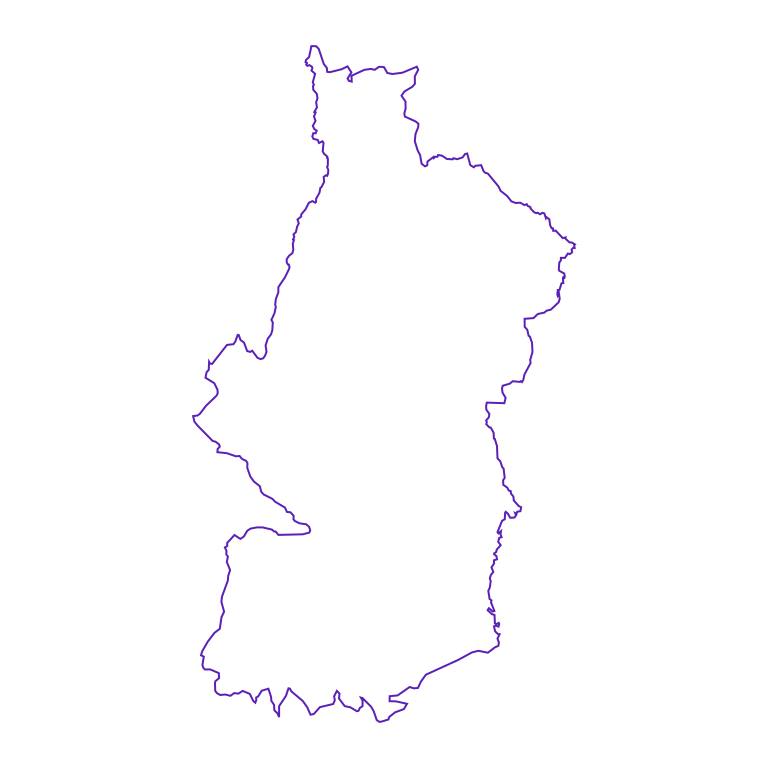 the district of Kamina, Katanga, Democratic Republic of the Congo
{"feature_id": "63176286B31000864957103", "entity_name": "Kamina", "entity_type": "district", "adm_level": 2, "iso_a3": "COD", "parent_name": "Democratic Republic of the Congo", "parent_adm1": "Katanga", "projection": "natural_earth1", "projection_center": [24.927, -8.635], "detail": "fine", "context": "isolated", "style": "outline", "palette": "violet", "viewbox_px": 768, "rotation_deg": 0, "n_neighbors": 0, "source": "geoboundaries", "source_scale": "gbopen_adm2", "svg_char_len": 6080}
<svg xmlns="http://www.w3.org/2000/svg" viewBox="0 0 768 768"><path d="M574.9,244.4L571.8,242.5L569.5,242.4L565.4,238.6L565.6,237.4L562.7,238.1L555.7,230.6L553.3,230.9L552.9,228.3L551.7,228.3L550.2,225.5L549.3,219.3L546.4,217.1L545.9,218.2L544.3,213.4L542.4,212.8L540.0,214.3L537.7,212.7L536.3,213.2L534.1,212.2L530.5,208.5L530.4,207.1L527.8,206.0L526.8,204.2L524.5,205.1L520.2,202.7L515.7,203.0L511.3,201.3L507.4,196.2L500.6,190.8L498.5,186.4L487.9,173.6L484.9,172.6L483.5,171.0L481.2,165.2L475.3,165.8L473.8,167.3L470.3,165.1L467.2,153.5L465.0,154.1L462.6,157.4L457.2,159.2L453.4,158.2L452.7,159.3L446.9,159.0L442.1,155.7L438.1,155.0L437.4,156.8L435.1,156.8L433.9,158.0L433.6,156.9L427.5,161.5L427.2,165.2L426.4,165.8L424.9,166.3L421.6,163.7L420.1,155.0L417.6,150.3L414.8,141.1L415.5,134.0L418.2,127.2L418.4,123.7L415.5,121.4L404.9,116.6L404.3,113.5L405.6,108.6L405.5,101.6L401.5,95.7L404.4,91.5L412.3,86.8L414.9,83.8L414.8,76.4L418.2,69.8L416.8,66.7L402.4,72.7L392.5,74.0L387.3,73.0L384.1,67.2L381.7,66.9L378.9,66.9L374.7,69.8L370.6,68.9L364.2,69.9L351.5,75.8L351.7,81.6L348.9,80.9L347.6,78.5L351.4,72.4L347.5,66.4L341.4,69.3L329.8,72.2L327.2,71.8L326.8,67.8L323.8,64.0L318.7,48.8L316.1,46.2L311.4,46.1L309.1,57.1L306.0,59.9L305.5,62.1L307.0,62.9L306.2,64.5L307.4,65.9L309.4,65.1L311.9,66.8L312.4,68.1L311.5,70.6L315.1,73.8L312.8,82.2L313.9,84.7L313.0,86.1L313.3,89.8L316.7,93.7L317.5,98.1L316.1,102.3L317.0,107.3L314.3,112.0L315.6,112.4L314.0,116.4L315.5,120.9L312.8,125.9L314.4,129.1L316.7,130.7L315.6,133.3L313.3,133.2L312.3,136.5L313.5,138.9L317.7,139.9L319.0,143.0L322.5,141.3L323.5,142.8L322.7,151.3L323.9,153.6L327.4,156.7L327.0,158.0L327.9,158.7L327.8,165.5L327.1,166.8L328.3,170.1L328.0,173.8L327.2,175.8L326.0,175.2L323.7,176.9L324.1,181.9L321.5,187.1L320.4,187.8L319.4,192.9L316.1,198.7L316.1,201.9L315.2,202.7L312.4,201.1L308.8,202.8L305.6,209.2L301.2,214.5L301.2,216.5L297.5,219.5L298.8,223.4L297.1,226.7L295.9,232.1L293.5,234.4L294.3,236.8L293.0,239.5L294.0,240.0L292.8,243.6L293.3,249.9L292.4,253.1L289.0,255.8L286.7,259.2L286.7,262.3L287.9,264.5L288.8,264.5L289.5,267.1L289.0,269.1L285.0,277.3L278.4,287.1L278.3,292.6L275.9,298.8L275.2,304.5L275.8,307.1L274.4,313.4L271.4,319.9L272.8,322.4L272.3,330.4L271.0,334.4L267.7,338.8L265.6,345.4L266.5,351.7L265.1,355.6L263.2,358.3L260.5,359.1L257.5,357.8L252.2,350.7L250.3,351.9L247.2,351.1L244.0,342.6L240.5,340.0L238.8,335.1L237.7,334.9L235.2,341.8L233.4,344.2L227.0,344.9L212.1,363.9L210.0,363.6L209.1,361.9L208.7,370.0L206.6,372.1L205.5,377.7L214.3,383.2L217.5,389.7L217.7,393.4L216.4,395.8L206.0,405.8L199.9,413.8L197.6,415.5L193.1,416.1L194.4,421.6L197.5,425.5L212.7,441.0L215.5,441.7L219.0,444.3L219.8,446.6L217.6,449.1L217.4,452.2L226.9,453.2L235.9,456.3L239.6,456.0L241.9,458.8L246.1,460.9L247.4,462.8L247.3,468.0L250.3,476.5L253.9,481.5L259.8,486.2L261.3,491.9L263.9,494.6L272.5,498.9L275.2,501.8L285.0,507.6L286.9,511.9L290.5,512.3L293.6,515.8L293.5,519.4L295.0,521.1L299.5,523.3L306.2,524.3L309.2,526.9L310.2,530.5L309.3,532.6L302.8,534.3L278.4,534.9L275.6,531.5L274.1,531.5L272.0,529.6L262.6,527.4L256.8,527.4L250.6,528.6L247.3,530.7L243.8,536.6L240.3,538.9L234.5,535.0L227.2,542.9L227.2,546.1L224.9,547.5L226.5,550.9L226.3,554.4L227.9,556.6L226.8,561.9L230.1,570.1L228.2,575.9L227.9,580.4L222.0,596.6L221.4,601.9L224.1,611.7L221.5,617.2L219.8,628.8L214.4,632.9L207.6,641.9L202.2,651.3L201.0,655.3L203.8,656.6L202.4,665.2L203.5,668.1L205.0,669.5L210.1,669.4L218.8,673.1L219.1,678.1L215.4,681.2L215.0,682.6L215.2,690.9L217.0,693.2L220.2,695.0L225.2,694.5L230.4,695.8L234.2,693.1L238.5,693.6L242.6,690.9L249.8,693.9L253.4,701.1L255.3,702.7L256.3,700.1L256.1,697.6L258.2,696.4L261.7,690.7L268.4,688.7L271.1,697.0L271.3,700.7L274.1,705.0L274.3,710.2L277.5,713.4L279.1,717.1L279.1,706.1L285.9,696.0L288.5,688.3L290.0,688.7L291.4,691.4L302.8,701.0L307.2,707.2L310.5,714.7L313.8,714.0L320.0,707.1L333.2,704.0L334.8,700.3L334.1,696.3L336.9,690.9L339.5,693.6L339.0,698.5L344.7,706.1L350.3,707.3L356.9,711.2L358.5,710.8L359.9,707.9L362.5,706.2L362.6,700.7L360.9,697.6L362.4,698.0L371.2,706.8L373.7,711.2L376.7,720.0L379.4,721.9L381.9,721.5L388.4,719.5L389.2,717.0L395.1,712.3L403.9,709.1L407.0,703.8L396.2,701.4L389.6,701.2L389.7,696.2L397.7,695.4L409.6,687.0L413.7,688.3L417.9,688.0L421.0,681.5L425.9,674.7L458.0,660.0L472.0,652.4L478.4,650.8L487.9,652.7L495.0,647.3L498.3,645.9L498.9,642.4L497.5,638.7L499.6,634.2L497.8,633.9L495.1,631.3L494.0,626.3L495.6,625.6L498.5,626.6L499.2,623.9L498.7,622.9L496.4,624.1L494.9,623.3L494.5,614.9L492.0,614.2L487.6,610.2L488.9,608.2L492.7,611.5L494.4,611.0L491.0,602.4L491.5,600.4L489.6,599.0L488.3,590.8L489.8,587.5L490.7,581.3L489.8,578.4L490.9,575.0L493.3,571.9L491.5,567.4L494.0,563.6L494.0,560.3L497.0,559.3L496.4,556.0L494.1,554.3L494.2,553.3L496.1,552.1L496.8,549.5L500.7,545.2L498.2,541.7L499.2,537.9L501.6,537.1L500.5,534.5L501.0,531.2L498.4,533.4L497.5,532.1L502.1,520.8L504.7,519.3L505.2,512.5L505.7,511.8L507.9,513.7L510.2,517.8L514.5,517.5L516.0,515.4L515.1,513.0L516.6,513.7L517.2,511.7L520.4,511.2L521.2,507.3L518.7,506.0L513.8,500.5L513.4,496.5L511.0,493.6L510.7,491.1L508.9,490.6L507.2,487.6L503.3,484.8L503.1,480.3L504.7,477.8L503.6,468.6L502.2,467.1L500.3,461.3L497.5,458.4L497.0,446.1L494.8,438.9L493.9,438.6L493.6,432.7L490.7,427.5L489.4,427.4L486.3,424.2L486.8,422.0L486.1,420.5L488.8,417.3L489.4,414.0L486.3,409.6L486.1,406.2L486.8,402.6L504.3,403.2L505.6,397.9L502.5,392.5L502.0,388.3L502.8,385.7L509.7,383.7L512.8,381.2L519.9,381.9L520.8,381.2L522.0,382.1L523.3,379.8L524.5,374.4L530.6,363.0L530.2,359.9L532.5,352.0L532.0,342.6L529.9,336.6L528.6,335.8L527.3,329.8L524.7,326.9L524.6,318.8L533.5,318.1L537.8,314.0L544.3,312.6L546.6,310.7L550.9,309.6L558.7,302.2L559.7,298.8L558.9,293.1L557.7,295.7L557.3,294.5L557.8,290.0L559.5,289.8L561.5,283.3L563.3,283.0L562.9,278.2L563.3,277.2L564.4,277.9L564.8,276.5L564.2,273.5L559.3,270.8L558.8,269.6L559.3,262.5L560.9,260.4L560.9,257.9L564.9,257.9L567.9,253.5L569.7,254.1L571.3,253.1L572.2,252.0L571.6,249.6L573.2,247.8L574.6,248.0L574.2,245.0L574.9,244.4Z" fill="none" stroke="#5b21b6" stroke-width="2"/></svg>